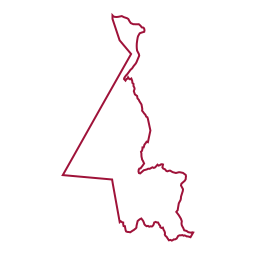 São João da Fronteira, Piauí, Brazil (Equal Earth projection)
{"feature_id": "56859067B29331211301697", "entity_name": "São João da Fronteira", "entity_type": "district", "adm_level": 2, "iso_a3": "BRA", "parent_name": "Brazil", "parent_adm1": "Piauí", "projection": "equal_earth", "projection_center": [-41.223, -3.936], "detail": "fine", "context": "isolated", "style": "outline", "palette": "rose", "viewbox_px": 256, "rotation_deg": 0, "n_neighbors": 0, "source": "geoboundaries", "source_scale": "gbopen_adm2", "svg_char_len": 2848}
<svg xmlns="http://www.w3.org/2000/svg" viewBox="0 0 256 256"><path d="M119.7,222.1L120.7,221.2L122.0,222.2L123.2,222.5L123.2,224.3L123.6,226.1L124.9,226.2L125.2,228.0L125.6,230.1L126.1,231.4L127.3,231.9L128.8,232.0L130.2,232.3L131.4,231.5L132.7,230.6L133.7,230.1L134.6,229.3L135.7,228.5L136.4,227.6L136.5,226.1L136.8,224.6L137.2,223.0L137.6,221.1L138.7,220.1L139.9,219.2L141.3,218.5L142.4,219.9L143.3,221.2L144.0,223.0L144.4,224.3L145.3,225.3L146.6,226.2L148.0,225.9L149.2,226.7L150.6,226.3L151.9,226.5L152.8,225.8L153.6,224.6L154.2,222.5L155.7,221.9L156.6,222.4L158.1,222.5L158.7,223.7L159.2,224.8L160.1,225.6L160.3,227.2L161.5,228.0L162.9,227.6L163.5,229.6L164.5,231.3L165.0,233.0L164.8,234.7L165.6,236.0L166.7,236.9L167.4,238.1L168.1,239.1L168.9,240.3L170.5,239.9L171.8,240.6L172.8,240.1L173.7,239.4L175.0,239.4L176.6,238.6L177.4,237.3L178.1,236.0L179.5,235.3L180.9,235.3L182.5,235.1L183.5,235.7L184.5,235.4L185.5,235.7L186.7,236.4L187.7,236.4L189.0,236.7L190.5,237.2L193.2,232.5L192.2,232.3L191.2,232.7L188.3,232.2L186.5,230.9L184.2,230.3L183.3,228.1L182.5,226.7L181.7,225.0L181.5,223.3L181.8,221.2L180.9,218.7L178.8,215.2L176.3,211.9L177.7,210.1L177.9,208.7L178.8,203.3L180.6,199.9L180.9,198.5L181.0,196.7L182.8,191.0L183.0,189.2L181.0,185.5L181.4,183.7L184.8,180.7L185.7,179.2L185.8,177.5L186.0,176.3L185.7,174.9L183.0,172.9L180.2,172.3L179.0,172.2L175.9,173.0L172.6,172.1L170.3,170.7L169.2,170.7L167.4,171.3L166.4,171.0L165.0,169.3L163.3,168.6L162.4,167.4L163.0,164.5L161.9,164.2L160.9,164.4L159.8,165.2L158.5,165.6L157.5,164.7L156.2,166.2L155.1,167.4L153.8,167.9L152.4,167.3L149.7,168.8L148.2,168.7L146.9,169.4L143.7,170.3L140.2,173.4L139.0,173.1L138.5,171.6L138.7,169.7L139.3,168.6L140.5,168.4L142.5,165.8L144.1,163.5L143.0,161.0L142.1,159.5L141.9,158.3L141.5,156.7L141.4,155.0L141.4,153.5L141.0,151.8L142.0,150.8L142.4,149.2L142.5,147.4L143.6,147.4L144.1,146.0L144.4,144.7L145.9,142.8L146.6,141.7L147.9,142.2L150.4,130.5L147.9,118.9L147.4,117.3L146.2,116.6L145.3,114.6L144.2,113.5L143.3,112.2L142.1,110.7L142.3,109.0L141.5,104.5L139.4,101.2L138.8,99.8L137.5,98.4L137.1,96.0L134.9,94.4L133.8,91.1L134.6,88.9L134.3,87.5L133.5,86.1L133.5,83.9L132.4,82.9L132.2,80.8L131.3,78.5L130.0,79.3L129.0,78.7L128.1,77.3L127.5,78.7L126.5,78.9L125.5,80.6L124.0,79.0L124.4,77.7L125.9,75.6L127.4,74.0L130.5,69.8L132.1,68.4L133.7,66.0L135.7,63.6L136.4,62.4L139.2,55.7L138.9,54.1L137.1,50.6L136.8,48.4L136.7,45.9L136.8,43.4L137.2,40.3L137.7,37.4L138.1,36.1L139.7,33.3L141.5,32.6L144.2,31.8L144.5,30.2L144.1,28.4L143.3,27.6L141.8,27.4L140.5,25.7L138.8,24.2L137.8,24.3L133.3,24.2L130.8,23.1L129.6,21.4L128.3,19.0L127.0,18.2L124.0,17.2L121.8,16.1L118.4,16.8L116.8,17.0L114.8,16.9L113.4,16.4L112.5,15.4L112.5,18.9L119.6,40.3L131.1,54.0L102.2,105.1L74.1,155.1L62.8,175.1L112.1,179.5L112.8,183.8L119.7,222.1Z" fill="none" stroke="#9f1239" stroke-width="2"/></svg>